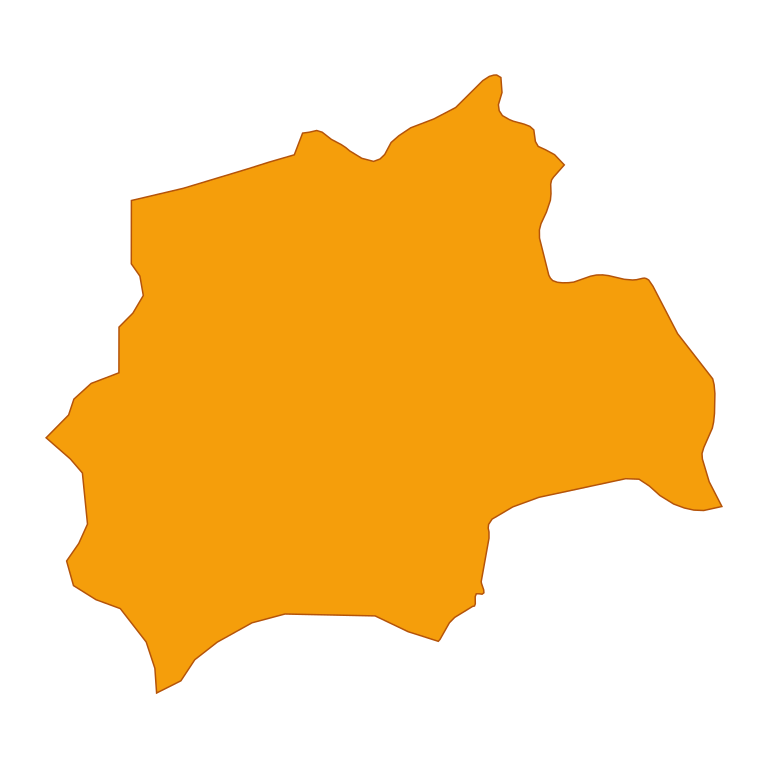 the border of Kindia
{"feature_id": "GIN-5643", "entity_name": "Kindia", "entity_type": "Prefecture", "adm_level": 1, "iso_a3": "GIN", "parent_name": "Guinea", "parent_adm1": "", "projection": "orthographic", "projection_center": [-12.581, 10.091], "detail": "fine", "context": "isolated", "style": "filled", "palette": "amber", "viewbox_px": 768, "rotation_deg": 0, "n_neighbors": 0, "source": "natural_earth", "source_scale": "10m", "svg_char_len": 1807}
<svg xmlns="http://www.w3.org/2000/svg" viewBox="0 0 768 768"><path d="M721.9,506.5L703.7,510.5L693.9,510.1L684.4,508.0L673.6,504.0L659.9,495.5L649.3,486.0L639.0,479.2L625.6,478.7L539.0,497.3L512.8,506.9L492.1,519.1L488.6,524.4L488.2,528.1L489.0,532.0L489.0,538.2L481.2,581.6L481.5,583.4L483.7,589.9L483.9,592.8L482.1,594.2L479.2,593.8L476.3,593.8L475.2,596.7L475.3,603.8L474.5,606.0L472.6,606.4L454.7,617.4L449.4,622.8L440.0,639.4L438.3,641.3L408.1,631.7L375.1,615.9L285.0,614.0L252.0,622.8L217.3,642.1L194.8,659.7L180.9,680.8L156.6,693.0L154.9,668.4L146.2,642.0L120.3,608.6L96.0,599.7L73.5,585.6L66.6,561.0L78.8,543.4L87.5,524.1L82.4,473.0L70.3,458.9L46.1,437.8L68.6,415.0L73.9,399.1L91.2,383.4L118.9,372.8L119.0,327.1L132.9,313.1L143.3,295.5L139.9,276.1L131.3,263.8L131.4,200.5L183.3,188.3L247.3,169.0L268.8,162.2L294.3,154.8L302.6,133.1L309.3,132.2L316.7,130.5L322.2,132.2L331.4,139.4L341.1,144.5L345.8,147.6L349.7,150.9L361.8,158.3L373.6,161.4L380.0,159.0L384.7,154.5L391.1,142.5L398.9,135.7L410.7,127.8L433.7,119.0L455.7,107.5L482.8,80.6L489.3,76.4L493.8,75.1L496.7,75.0L500.9,77.5L502.0,92.5L498.4,104.7L499.2,110.7L502.4,115.6L509.2,119.5L513.3,121.2L524.3,124.2L529.9,126.4L533.8,129.9L535.4,141.5L538.2,146.4L545.6,149.8L554.6,154.7L564.3,164.9L553.6,177.0L551.6,179.9L550.7,184.1L551.0,193.7L550.4,200.2L546.4,212.1L541.0,223.7L539.4,229.9L539.5,238.1L548.8,275.2L550.4,278.2L552.7,280.6L557.4,282.3L562.6,282.8L568.4,282.7L573.7,282.1L590.5,276.2L596.5,275.0L602.7,274.9L608.5,275.6L624.3,279.3L632.6,280.0L636.5,279.7L642.6,278.3L644.5,278.1L646.4,278.6L648.7,280.0L653.0,286.3L677.6,333.7L712.7,378.8L714.1,384.7L714.9,393.6L714.5,413.4L713.6,422.1L712.3,428.2L703.8,447.5L702.0,453.6L702.4,459.1L709.2,481.8L721.8,506.3L721.9,506.5Z" fill="#f59e0b" stroke="#b45309" stroke-width="1.5"/></svg>